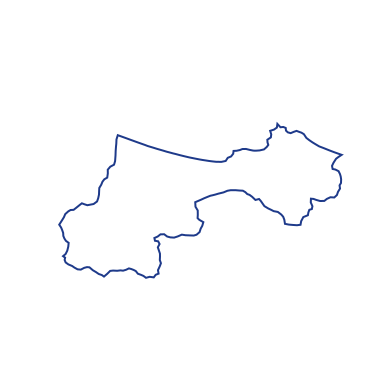 the district of Peruíbe, São Paulo, Brazil, rotated 235°
{"feature_id": "56859067B40169634932968", "entity_name": "Peruíbe", "entity_type": "district", "adm_level": 2, "iso_a3": "BRA", "parent_name": "Brazil", "parent_adm1": "São Paulo", "projection": "albers", "projection_center": [-47.022, -24.285], "detail": "fine", "context": "isolated", "style": "outline", "palette": "blue", "viewbox_px": 384, "rotation_deg": 235, "n_neighbors": 0, "source": "geoboundaries", "source_scale": "gbopen_adm2", "svg_char_len": 3093}
<svg xmlns="http://www.w3.org/2000/svg" viewBox="0 0 384 384"><g transform="rotate(235 192 192)"><path d="M136.6,335.9L142.9,331.4L147.3,328.4L152.5,325.0L156.5,322.3L160.7,320.4L163.7,319.1L167.2,317.8L170.7,316.7L175.2,316.8L177.8,315.7L180.0,314.1L182.1,312.7L182.9,309.9L183.6,306.6L185.9,304.7L188.4,304.2L190.7,305.5L192.9,304.1L194.3,301.6L198.8,301.0L196.1,298.5L196.1,294.9L197.3,291.1L193.8,290.0L191.5,287.9L191.6,283.7L189.3,282.3L186.8,281.5L186.0,279.0L185.6,275.4L187.3,271.2L189.1,268.2L190.7,266.0L193.1,263.7L196.3,260.9L198.3,257.9L198.9,255.3L200.2,252.2L201.8,249.6L199.7,247.7L198.7,244.4L199.5,240.9L198.1,237.4L199.8,233.4L202.9,229.1L204.9,226.8L207.6,223.8L210.2,221.1L212.3,218.9L214.5,216.7L217.4,213.9L221.8,209.7L225.6,206.3L229.5,202.9L232.6,200.3L234.4,198.7L237.4,196.2L239.5,194.4L242.7,191.9L247.4,188.1L250.5,185.7L255.2,182.0L257.3,180.6L263.6,176.1L272.0,170.2L274.3,168.6L281.1,163.8L278.4,160.3L275.0,157.7L272.8,155.8L269.4,153.0L265.8,150.3L261.4,146.7L259.1,143.8L259.6,139.6L258.6,135.8L255.5,133.7L252.4,130.8L252.7,127.5L251.8,124.6L250.0,121.8L248.5,118.4L245.7,116.2L243.2,114.3L240.7,111.6L238.7,108.8L238.6,104.5L239.9,101.6L241.2,98.7L243.7,96.8L245.9,95.3L245.8,92.7L245.5,88.5L245.3,84.8L246.9,82.2L247.1,79.5L246.6,75.5L244.8,72.6L243.5,69.6L241.4,64.5L238.0,64.4L235.6,63.9L232.4,63.0L229.8,61.4L227.1,60.8L224.3,60.7L221.1,61.8L218.2,59.3L215.5,56.2L213.7,52.9L213.4,49.6L211.0,50.4L209.4,48.7L206.8,48.1L203.6,49.2L200.1,51.4L197.6,52.3L194.3,53.9L192.2,56.4L191.7,60.2L190.7,62.9L189.1,64.8L184.8,65.9L181.5,67.4L178.3,68.6L175.7,70.5L173.2,71.4L173.6,75.6L174.3,79.7L172.9,82.3L170.4,85.5L168.8,88.5L167.1,90.4L166.1,93.4L165.6,96.5L163.7,98.1L161.6,99.5L159.5,100.6L156.1,100.8L153.4,102.7L151.1,104.1L148.1,105.1L146.8,108.7L144.0,111.7L145.0,114.8L144.3,117.8L147.5,119.3L149.7,123.1L151.5,125.7L154.7,126.6L157.4,128.7L159.9,130.4L162.9,131.3L166.3,132.3L168.0,135.6L171.0,136.0L173.3,133.7L175.9,134.8L175.2,138.3L175.4,141.9L173.3,145.0L169.8,146.1L167.3,148.2L164.9,151.2L163.8,154.8L162.9,159.2L160.3,161.9L157.4,165.7L155.3,168.5L154.4,171.2L154.8,175.2L157.0,178.1L158.4,181.0L160.8,184.0L162.9,183.0L165.1,182.0L167.4,181.6L169.9,183.6L173.6,186.1L177.9,186.4L181.8,188.8L180.5,195.0L179.9,198.4L179.2,201.5L178.4,204.9L177.4,207.3L176.5,209.7L175.5,212.7L173.6,217.6L172.7,221.7L171.4,224.5L168.6,228.6L166.1,231.6L163.9,234.4L161.3,235.6L158.6,236.1L156.6,237.5L153.6,238.5L149.1,239.4L147.8,242.9L145.2,243.2L142.5,243.2L138.9,243.2L134.8,245.0L132.0,246.6L129.5,247.9L126.4,250.9L122.3,252.2L119.4,252.5L116.3,251.7L112.6,249.9L109.7,252.7L107.1,255.8L104.6,258.9L102.9,262.1L105.5,264.7L107.6,268.8L106.5,273.6L108.5,275.6L110.1,277.9L109.3,280.4L111.3,282.5L115.3,283.3L118.3,285.6L116.6,287.6L114.3,289.2L111.1,291.8L108.8,295.3L109.0,298.5L108.3,302.4L105.9,305.4L106.4,309.0L108.4,311.7L109.9,315.2L112.8,316.7L113.9,319.2L116.8,321.4L119.4,322.7L121.8,323.5L125.0,324.0L128.2,322.3L130.2,320.4L133.1,321.7L134.8,324.7L136.6,329.1L136.7,332.0L136.6,335.9Z" fill="none" stroke="#1e3a8a" stroke-width="2"/></g></svg>